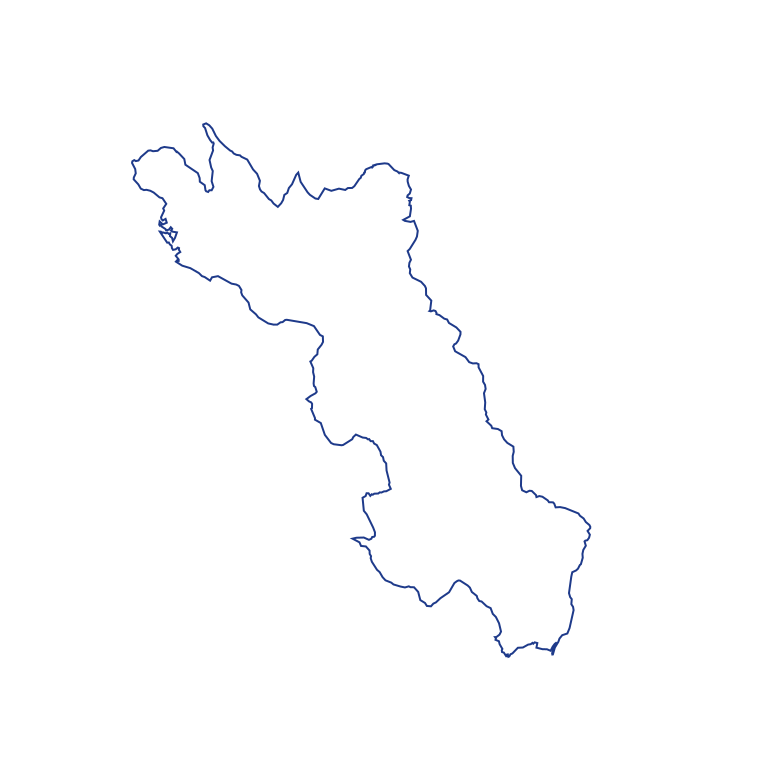 outline of Lelese, Hunedoara, Romania, rotated 61°
{"feature_id": "2599482B96170232434184", "entity_name": "Lelese", "entity_type": "district", "adm_level": 2, "iso_a3": "ROU", "parent_name": "Romania", "parent_adm1": "Hunedoara", "projection": "equal_earth", "projection_center": [22.652, 45.736], "detail": "fine", "context": "isolated", "style": "outline", "palette": "blue", "viewbox_px": 768, "rotation_deg": 61, "n_neighbors": 0, "source": "geoboundaries", "source_scale": "gbopen_adm2", "svg_char_len": 6123}
<svg xmlns="http://www.w3.org/2000/svg" viewBox="0 0 768 768"><g transform="rotate(61 384 384)"><path d="M504.0,486.5L510.6,482.2L514.5,482.6L517.3,478.6L522.7,477.4L525.7,478.9L528.3,478.8L529.9,480.1L533.6,480.8L543.1,480.2L546.4,479.0L552.2,478.9L556.4,477.9L561.3,473.9L563.9,472.9L569.2,467.7L572.1,464.3L573.0,460.4L574.6,459.3L576.3,456.3L582.4,454.9L590.6,457.0L595.4,454.3L598.9,454.1L601.2,450.7L600.0,447.3L600.2,444.5L598.7,438.5L597.7,428.1L592.2,418.9L591.8,415.9L591.9,414.2L592.8,412.8L600.8,408.5L603.7,407.6L608.5,408.0L614.3,405.6L616.8,406.2L620.0,405.9L621.5,404.1L628.1,402.0L631.7,399.4L637.8,400.3L642.0,399.1L649.1,399.4L657.3,401.7L659.2,404.5L659.8,408.3L659.2,409.6L660.7,409.4L661.8,410.5L664.7,408.2L667.6,409.0L673.1,408.9L674.0,410.1L675.7,410.7L677.0,409.4L681.4,409.1L681.7,408.1L680.2,407.9L680.5,406.8L682.9,407.5L683.0,406.5L681.7,404.4L681.9,402.3L679.6,394.8L681.8,390.3L681.8,384.3L682.7,381.8L682.4,379.7L683.5,379.4L683.0,377.5L684.9,375.5L688.5,378.5L692.8,373.9L695.0,370.1L698.1,367.6L695.5,363.8L694.1,360.7L693.7,358.2L696.5,362.7L701.0,367.5L702.2,367.9L702.4,367.4L697.4,362.4L694.0,356.5L691.7,353.9L690.1,349.9L691.1,344.6L687.4,340.0L673.7,327.8L670.6,326.7L667.4,326.9L663.2,324.1L660.7,324.5L656.6,323.6L643.3,313.6L639.9,310.6L640.2,306.4L639.6,303.9L637.3,300.5L637.1,299.2L632.3,294.4L628.8,292.8L625.7,290.1L623.3,285.9L618.9,284.9L618.6,283.9L619.2,281.9L617.9,279.2L615.6,277.0L611.2,277.2L610.1,273.6L608.9,272.8L607.0,272.7L602.6,274.4L598.4,274.6L594.2,276.5L591.5,276.7L580.4,285.7L577.0,289.7L575.1,293.7L571.1,293.1L569.4,293.6L567.4,297.0L565.2,297.2L559.4,300.1L557.3,302.5L556.8,305.5L554.9,304.9L549.2,306.6L547.9,308.5L547.7,312.0L543.9,314.7L539.5,313.6L530.8,308.5L521.1,310.2L515.5,309.6L509.3,306.3L506.2,303.4L501.5,301.2L495.3,304.7L490.6,305.8L486.0,305.6L482.3,304.0L478.6,306.2L475.1,310.8L472.5,310.4L466.3,312.4L465.7,309.9L460.1,309.7L458.5,308.3L454.9,308.1L449.2,304.4L440.5,301.0L437.6,297.5L433.8,296.1L430.0,296.2L425.1,293.4L415.3,293.2L412.5,291.7L410.7,293.0L409.1,296.3L406.2,298.9L400.0,299.7L389.9,305.9L384.7,305.3L383.4,303.2L383.5,301.3L382.0,298.1L377.7,293.1L375.5,291.8L369.6,293.3L362.1,297.6L358.2,297.5L356.1,299.6L350.6,302.1L348.3,304.3L347.2,303.6L345.1,303.6L343.7,304.9L343.2,307.8L342.2,308.8L342.0,308.0L334.0,302.2L326.5,304.0L320.7,300.9L318.1,300.7L312.6,302.0L304.7,307.5L299.6,307.7L296.5,305.5L293.3,305.2L290.3,303.0L288.4,300.2L279.2,298.9L278.4,296.0L273.2,286.6L271.0,283.7L266.4,280.2L255.9,278.7L255.1,282.2L251.4,286.7L249.8,287.6L249.9,280.1L243.8,275.4L241.0,274.1L239.9,275.2L237.1,273.0L236.0,273.1L236.3,271.2L234.8,269.9L233.6,271.8L231.7,273.1L230.5,271.9L229.9,269.1L227.0,266.1L222.8,266.2L218.5,265.2L216.5,264.2L213.8,261.3L207.8,266.4L206.5,268.1L206.8,268.6L204.7,269.2L201.9,271.3L193.8,273.4L192.9,274.2L191.3,276.5L188.4,283.7L187.8,286.6L188.2,286.4L187.9,287.8L188.6,288.5L188.3,289.0L188.8,289.6L188.1,290.1L187.5,295.4L188.0,296.9L189.7,298.2L189.5,298.9L190.6,299.9L190.9,302.8L192.4,304.4L192.7,306.2L196.6,314.0L197.1,316.8L195.1,320.6L195.5,323.8L191.3,328.7L189.5,336.4L184.2,341.0L190.3,351.8L188.5,354.1L182.6,357.1L179.3,357.9L166.8,358.9L157.5,356.5L158.5,359.4L164.7,367.6L166.5,372.2L170.0,376.0L170.3,379.5L174.1,383.0L176.1,386.3L177.6,391.0L172.6,393.1L168.8,393.6L166.5,395.0L158.9,396.3L156.3,397.8L153.7,398.1L150.2,397.4L146.1,394.0L138.6,393.1L132.9,394.5L121.4,394.8L116.2,398.5L114.2,399.1L112.0,402.0L109.5,403.7L107.0,404.1L105.2,405.4L98.8,407.9L91.6,410.0L85.6,410.8L77.4,410.4L73.0,411.4L69.8,413.2L69.4,416.3L71.0,417.0L73.4,416.4L80.9,417.9L86.2,417.8L89.5,417.3L90.0,416.2L91.2,416.4L94.0,419.2L96.9,420.3L103.5,428.0L110.9,430.2L114.7,430.5L123.0,436.4L128.9,437.6L131.0,440.8L129.9,442.8L130.8,444.7L129.2,446.1L128.0,446.2L123.2,444.4L117.8,447.0L114.5,445.4L109.3,444.6L95.9,451.4L90.4,449.6L82.9,451.5L80.3,452.5L80.4,453.0L75.8,453.8L70.2,461.2L69.4,464.7L70.3,468.9L68.4,473.2L66.5,474.9L65.6,477.1L67.6,486.6L69.5,490.4L68.7,493.0L67.1,493.9L67.2,496.1L68.5,497.2L75.4,497.4L79.4,499.0L82.1,502.7L83.6,503.7L90.3,502.1L95.2,502.0L98.0,500.0L99.0,497.6L101.7,494.7L104.9,492.6L111.9,489.9L114.1,487.7L120.9,487.1L123.4,492.0L125.8,492.2L130.1,498.2L132.0,498.7L133.7,498.2L133.7,495.0L137.6,495.8L137.2,500.1L133.1,501.4L135.7,503.4L136.5,503.3L136.2,502.8L136.8,502.1L138.2,502.3L142.5,500.0L144.0,500.1L144.7,497.3L143.5,494.5L145.6,494.0L146.6,495.9L148.4,494.9L151.0,491.6L154.9,496.0L156.9,499.4L153.5,498.5L150.9,499.5L148.6,497.9L148.4,499.5L146.5,500.1L146.5,501.6L144.2,503.9L144.4,504.8L142.6,505.3L142.0,506.2L155.3,505.1L155.9,503.6L158.2,503.6L160.0,502.7L162.4,503.6L164.4,503.5L165.2,500.9L164.7,498.2L165.8,497.4L167.0,498.3L169.8,498.2L170.0,501.6L170.9,504.0L175.5,503.2L176.8,503.9L176.4,504.7L175.5,504.9L176.1,506.7L182.7,503.1L188.8,497.2L197.3,492.1L201.4,490.9L203.5,489.0L209.3,486.0L207.3,482.7L209.2,476.9L222.3,468.7L225.4,465.0L227.9,463.3L232.7,463.1L234.6,464.5L237.8,465.0L247.1,463.0L253.9,464.8L261.0,462.2L264.8,461.6L274.9,455.9L278.6,451.7L280.3,448.5L279.9,444.6L280.7,442.7L280.1,439.4L280.7,437.9L293.3,422.1L299.4,417.2L310.0,416.2L312.7,414.4L317.6,416.9L319.4,419.6L321.7,425.2L325.7,427.9L326.5,431.7L328.6,436.0L328.6,437.5L335.9,438.2L339.3,440.3L343.7,441.5L349.4,445.3L351.8,446.2L353.4,445.6L358.2,446.6L358.9,448.4L358.9,454.0L359.6,459.2L362.9,458.0L364.8,456.6L366.5,456.5L370.2,458.7L370.4,459.8L380.4,460.9L381.7,461.7L387.5,458.2L399.8,460.4L409.9,458.9L412.3,457.2L417.0,450.8L417.5,449.3L416.9,438.6L415.5,436.6L414.6,433.1L420.5,428.6L422.5,425.8L424.7,424.8L425.0,423.7L427.5,423.4L428.6,421.4L431.3,421.5L433.9,419.9L441.5,419.9L444.9,421.1L447.5,420.3L451.0,421.4L454.5,420.6L460.9,423.7L472.9,426.9L474.5,428.5L479.0,428.9L478.9,434.0L477.9,436.1L477.7,438.8L476.7,440.3L477.0,442.1L475.2,445.7L475.4,447.5L474.5,448.2L475.2,450.2L472.1,450.5L471.1,452.2L473.1,454.4L473.1,457.9L485.1,463.1L489.6,462.3L504.4,463.1L509.3,463.8L512.3,465.5L512.8,466.7L512.1,468.5L513.2,470.1L513.0,472.7L508.5,476.1L505.1,482.6L504.0,486.5Z" fill="none" stroke="#1e3a8a" stroke-width="2"/></g></svg>